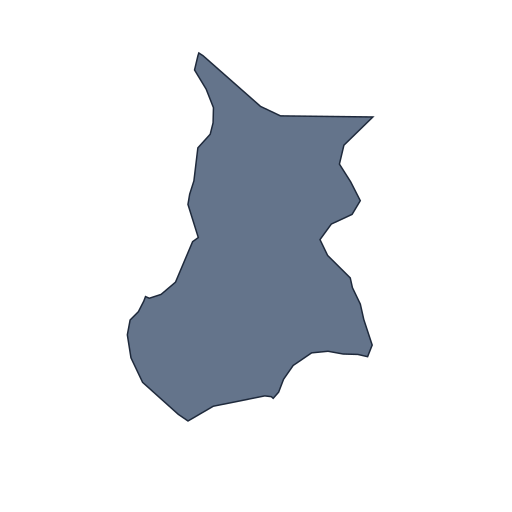 the Province of Kouritenga, rotated 28°
{"feature_id": "BFA-2829", "entity_name": "Kouritenga", "entity_type": "Province", "adm_level": 1, "iso_a3": "BFA", "parent_name": "Burkina Faso", "parent_adm1": "", "projection": "albers", "projection_center": [-0.3, 12.177], "detail": "fine", "context": "isolated", "style": "filled", "palette": "slate", "viewbox_px": 512, "rotation_deg": 28, "n_neighbors": 0, "source": "natural_earth", "source_scale": "10m", "svg_char_len": 829}
<svg xmlns="http://www.w3.org/2000/svg" viewBox="0 0 512 512"><g transform="rotate(28 256 256)"><path d="M177.5,343.7L181.6,343.4L190.2,334.5L197.2,316.9L193.3,273.1L196.4,266.8L171.7,242.4L168.4,232.5L165.9,218.8L153.9,187.8L158.4,170.0L155.6,158.6L148.8,145.0L133.7,132.1L114.4,120.6L110.7,106.4L110.2,103.6L115.1,104.0L189.8,121.8L211.8,120.8L293.9,78.4L281.6,116.9L286.5,135.7L304.8,146.1L322.1,158.2L321.3,174.1L307.5,192.4L304.8,211.5L319.0,221.9L349.5,231.1L356.0,238.7L370.7,249.5L381.0,261.5L400.4,280.1L401.8,292.5L392.1,295.1L379.0,301.6L364.3,306.3L350.6,315.4L340.2,335.2L338.2,351.9L339.9,365.6L338.0,373.6L335.6,373.0L329.4,375.4L288.8,408.7L273.4,433.6L261.7,432.3L215.2,420.8L193.4,404.6L179.4,386.0L174.9,371.6L178.3,360.4L178.1,348.5L177.5,343.7Z" fill="#64748b" stroke="#1e293b" stroke-width="1.5"/></g></svg>